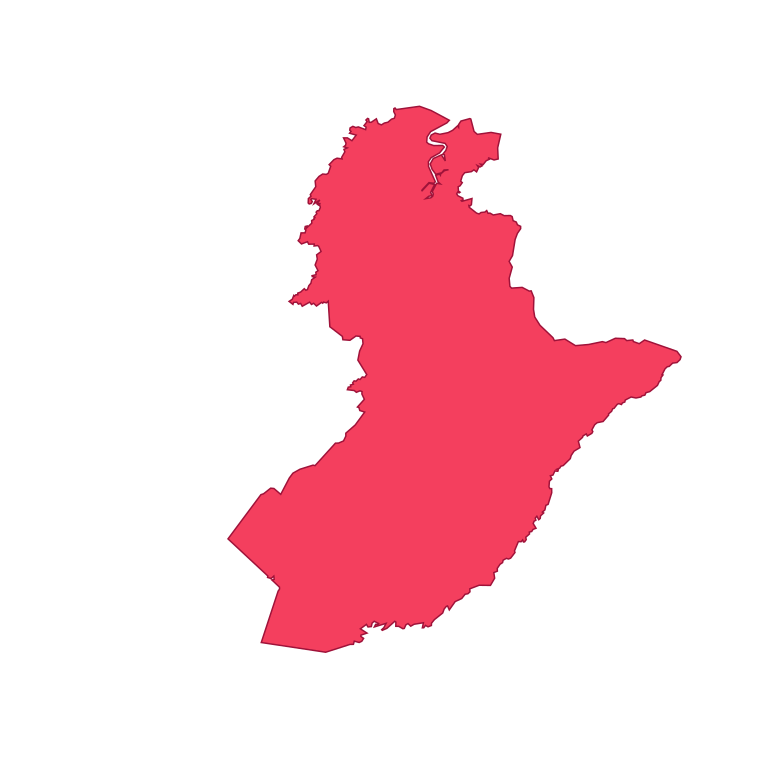 the district of Capira, Panama, rotated 233°
{"feature_id": "35544464B53871457264549", "entity_name": "Capira", "entity_type": "district", "adm_level": 2, "iso_a3": "PAN", "parent_name": "Panama", "parent_adm1": "", "projection": "equal_earth", "projection_center": [-79.949, 8.817], "detail": "fine", "context": "isolated", "style": "filled", "palette": "rose", "viewbox_px": 768, "rotation_deg": 233, "n_neighbors": 0, "source": "geoboundaries", "source_scale": "gbopen_adm2", "svg_char_len": 6171}
<svg xmlns="http://www.w3.org/2000/svg" viewBox="0 0 768 768"><g transform="rotate(233 384 384)"><path d="M233.8,637.6L262.3,618.6L262.6,612.1L267.8,608.7L269.4,609.2L272.6,604.0L275.5,603.4L281.3,596.3L283.5,586.2L286.4,583.9L292.4,571.2L299.4,560.0L311.0,555.5L316.1,546.2L319.3,546.8L337.0,543.9L346.8,544.7L353.6,548.3L362.8,555.7L369.8,557.6L370.8,555.9L378.0,552.5L383.8,543.6L386.2,543.3L393.1,547.6L400.2,556.8L406.6,557.7L409.2,563.9L420.5,575.7L424.0,581.2L425.8,586.6L427.7,588.0L430.8,586.4L433.8,587.1L436.7,585.4L440.6,587.1L442.5,586.3L446.1,581.3L450.0,579.4L453.2,573.0L456.7,571.5L457.7,569.8L460.7,570.4L460.6,568.0L462.6,564.7L462.6,562.3L464.7,560.8L473.8,558.4L475.5,559.2L474.4,560.0L474.6,561.7L479.2,565.9L483.0,556.2L483.9,556.0L483.6,558.0L484.9,558.8L489.9,556.3L492.1,556.5L492.9,558.3L491.4,559.0L491.4,560.2L493.3,559.6L496.9,561.9L496.5,564.0L497.7,567.7L499.8,567.3L503.2,571.9L504.2,575.6L501.0,581.6L500.9,584.7L497.7,585.6L499.9,589.8L502.3,590.0L499.5,591.4L499.2,593.7L501.5,593.4L499.6,595.3L500.8,600.0L500.0,603.7L502.1,603.3L496.7,606.7L495.0,610.6L504.2,616.9L513.2,627.6L520.5,620.9L527.2,608.8L531.5,607.9L543.4,612.8L544.3,612.3L547.7,603.7L546.3,599.7L544.2,598.1L545.9,598.2L545.3,591.5L546.2,586.4L549.8,578.9L553.7,575.8L554.4,571.5L552.7,568.6L549.5,568.7L539.4,577.6L535.6,577.4L533.3,573.9L532.1,569.1L530.8,570.2L525.2,567.2L532.5,567.7L534.4,559.0L531.9,553.3L526.4,551.6L520.3,551.6L518.0,557.3L518.8,560.8L516.3,564.5L518.0,560.7L517.6,555.5L516.8,554.7L518.2,554.7L519.6,550.9L512.8,548.8L509.9,549.4L512.6,546.8L508.6,538.4L506.0,537.7L504.6,535.8L504.5,533.5L506.9,528.9L507.0,532.7L505.6,535.8L508.9,536.5L512.9,544.5L517.2,540.8L515.3,530.1L516.1,531.3L517.8,541.1L514.3,544.6L514.6,546.7L530.8,550.4L534.8,553.2L536.4,557.9L535.1,567.4L536.9,574.8L539.2,574.4L544.5,567.2L548.9,564.2L551.4,563.6L555.4,567.1L557.5,573.1L554.7,591.3L555.3,594.9L574.1,586.2L584.4,579.5L595.8,559.0L597.8,558.9L598.0,557.6L595.7,555.7L592.0,555.0L590.0,552.2L591.0,549.4L590.7,544.7L592.2,541.3L592.5,537.9L595.5,536.1L600.4,537.5L600.7,531.3L601.9,529.7L605.1,531.3L606.0,530.7L605.7,528.4L603.7,528.4L602.4,523.5L599.9,524.3L598.2,522.4L604.8,518.2L605.8,515.8L608.5,514.2L608.9,511.0L607.3,509.4L605.6,509.7L605.0,507.4L599.5,511.6L597.6,504.8L602.6,502.9L604.9,499.8L599.2,498.6L597.8,497.0L597.7,494.6L594.7,496.7L595.5,493.2L593.0,492.5L590.5,486.6L589.0,486.0L592.6,482.4L593.3,479.0L592.2,472.2L590.0,472.5L585.9,466.4L586.1,464.1L588.6,461.4L588.9,457.0L587.6,451.2L582.6,448.2L579.6,439.1L577.9,438.7L577.6,435.2L574.2,432.4L572.8,432.6L572.0,434.6L572.8,436.5L575.5,436.7L575.6,437.7L572.4,440.9L570.1,436.5L569.6,443.5L568.4,439.2L566.2,441.9L566.9,439.2L564.6,440.1L563.2,439.3L561.6,436.3L562.5,435.0L562.1,433.2L560.4,432.8L559.7,428.8L558.4,428.9L558.6,427.8L557.6,427.3L558.1,424.6L555.9,423.1L555.2,416.2L556.5,417.6L557.2,415.9L555.5,414.0L554.0,414.3L552.2,411.9L554.6,408.7L550.9,404.4L550.1,401.7L545.5,402.4L543.7,408.5L541.0,408.0L537.7,412.5L536.3,411.2L534.5,414.3L533.2,414.7L527.7,413.5L527.7,407.9L523.9,405.9L520.5,400.6L514.2,399.5L514.3,396.8L512.2,395.6L513.8,391.7L512.9,391.3L510.7,393.4L510.8,389.0L508.5,386.3L507.8,383.2L505.5,379.7L505.9,378.0L508.1,377.7L507.6,372.7L508.5,369.8L507.1,368.9L508.3,367.3L508.1,365.2L509.0,365.2L506.9,361.8L507.1,357.9L502.4,359.2L503.6,360.9L501.9,363.6L499.3,363.7L498.5,365.9L495.3,365.5L494.1,373.9L491.2,373.9L490.8,376.4L486.9,377.0L486.8,383.2L485.4,383.7L485.8,385.0L483.5,386.8L483.7,389.3L462.3,375.2L447.1,379.4L444.1,377.8L439.4,383.1L439.2,390.5L436.4,393.6L435.1,392.8L433.1,394.1L428.8,391.5L425.0,384.4L418.8,377.5L401.9,375.9L400.9,372.6L402.7,370.9L402.0,367.6L403.5,366.5L403.1,363.4L404.5,362.0L403.8,359.7L402.3,359.4L403.4,356.6L401.8,355.8L403.0,353.6L401.5,351.3L396.7,356.3L394.0,356.9L393.0,360.7L391.2,361.9L389.3,360.3L383.6,359.1L381.6,348.9L380.2,349.8L377.4,348.7L373.2,351.7L368.6,336.4L367.7,323.9L365.3,322.1L362.9,317.4L364.2,312.1L366.0,309.6L360.3,279.8L361.9,278.5L366.5,265.6L367.6,257.6L365.9,251.8L358.0,235.1L366.8,233.2L369.0,230.8L368.8,221.8L369.7,219.1L354.2,166.2L300.6,175.7L299.6,174.6L296.6,176.8L296.9,180.4L294.0,178.7L295.0,176.5L284.7,178.3L283.1,177.2L282.3,174.8L251.4,130.4L204.9,176.0L196.5,200.1L194.5,202.9L196.5,205.5L192.5,208.6L191.9,211.4L193.1,214.6L196.4,213.6L197.3,214.5L195.3,220.5L202.7,217.8L202.6,225.3L199.6,225.0L197.9,227.9L200.2,230.6L200.4,233.4L195.9,235.6L195.5,234.4L197.1,232.7L195.8,230.1L191.6,241.6L189.5,237.3L189.2,234.3L188.3,234.4L187.1,239.3L188.0,249.8L186.7,250.2L183.4,247.6L181.6,249.9L177.2,251.8L176.6,253.1L178.5,256.6L178.2,259.0L174.5,259.6L174.0,263.5L169.6,271.8L166.2,267.9L165.4,269.0L166.2,271.9L163.6,273.0L162.6,276.5L164.4,278.0L165.5,282.5L165.8,293.1L168.1,296.6L168.9,299.9L168.5,301.2L164.3,300.2L167.4,309.9L165.9,317.0L167.3,322.2L166.0,324.8L166.3,327.6L168.8,329.2L166.0,338.9L159.1,347.8L162.3,355.5L167.3,358.2L166.3,361.9L168.6,363.5L170.2,368.2L170.0,371.2L171.6,373.1L171.1,376.8L169.3,378.1L168.7,380.3L170.6,387.2L172.2,387.8L177.3,396.5L175.5,398.6L176.0,400.9L173.9,400.3L173.3,401.3L174.1,403.9L176.3,405.0L176.7,410.0L178.3,410.9L177.3,413.2L178.2,415.5L177.3,418.6L182.8,419.2L184.1,421.3L183.8,423.3L185.9,424.1L186.4,426.5L182.5,425.9L182.6,427.8L184.5,429.7L184.9,433.9L186.4,433.4L186.6,436.7L189.7,440.3L189.1,442.6L196.2,452.5L199.5,454.9L200.7,453.5L202.6,453.9L206.8,457.6L207.2,460.9L210.6,461.6L209.6,464.2L211.7,468.1L209.7,470.3L210.6,471.6L211.9,470.7L211.1,473.7L211.9,475.8L211.0,478.1L212.3,487.9L214.3,490.5L216.0,495.4L215.3,502.3L221.4,504.8L221.9,510.4L222.8,511.8L222.4,515.5L220.1,515.1L219.5,520.3L220.3,522.1L222.3,522.5L224.7,527.8L224.8,531.0L222.2,536.4L224.0,544.7L225.0,545.3L225.2,549.3L226.6,551.7L226.1,553.1L227.4,558.1L227.0,559.7L224.7,561.3L225.4,563.0L224.7,565.5L226.0,567.0L224.9,573.5L221.2,576.8L219.0,581.3L219.3,583.0L218.1,585.6L219.4,588.0L218.0,591.6L218.3,601.5L220.3,605.3L220.3,607.2L222.4,609.1L223.3,612.2L224.1,611.6L227.0,617.6L227.3,620.7L226.4,622.4L227.0,627.0L224.8,630.9L225.3,635.1L227.0,637.6L233.8,637.6Z" fill="#f43f5e" stroke="#9f1239" stroke-width="1.5"/></g></svg>